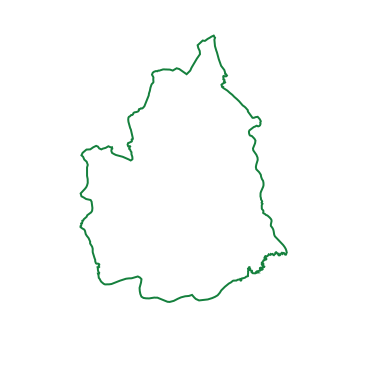 Beng, Oudômxai, Laos (orthographic projection), rotated 314°
{"feature_id": "54806243B47221121067222", "entity_name": "Beng", "entity_type": "district", "adm_level": 2, "iso_a3": "LAO", "parent_name": "Laos", "parent_adm1": "Oudômxai", "projection": "orthographic", "projection_center": [101.752, 20.343], "detail": "fine", "context": "isolated", "style": "outline", "palette": "green", "viewbox_px": 384, "rotation_deg": 314, "n_neighbors": 0, "source": "geoboundaries", "source_scale": "gbopen_adm2", "svg_char_len": 6002}
<svg xmlns="http://www.w3.org/2000/svg" viewBox="0 0 384 384"><g transform="rotate(314 192 192)"><path d="M303.0,125.3L306.2,118.9L309.8,112.9L310.5,111.4L312.9,107.2L317.1,102.3L319.0,101.4L319.1,100.1L319.5,99.5L319.6,99.0L317.1,98.0L315.6,97.7L313.0,96.9L309.9,96.4L309.4,96.0L308.4,94.5L301.5,94.1L300.0,96.4L298.8,99.6L296.7,102.0L291.2,102.9L281.1,105.3L278.1,106.4L273.0,106.3L271.6,97.4L270.3,95.0L266.0,93.8L264.7,91.1L260.2,86.1L256.5,84.1L255.9,83.4L254.8,83.2L254.0,82.1L252.3,81.2L250.6,80.9L248.6,81.7L247.8,84.3L247.3,85.0L246.5,85.5L244.3,87.9L243.6,88.1L241.7,88.1L241.0,88.3L238.1,89.7L235.5,91.4L233.0,92.6L231.4,93.8L220.6,98.2L218.5,98.3L217.5,98.1L216.8,97.2L216.3,97.3L215.0,96.4L214.6,96.4L214.2,96.6L213.9,97.1L212.7,97.3L211.1,96.6L209.2,95.2L207.8,95.1L207.2,95.5L206.3,95.6L205.9,95.5L205.1,94.8L203.5,94.8L202.2,94.4L201.2,94.7L199.7,95.9L198.3,97.6L195.1,103.0L194.4,104.7L189.5,112.2L188.8,112.6L188.5,112.2L187.9,112.1L187.6,112.3L186.9,113.4L186.6,113.5L186.1,113.5L184.9,112.9L184.1,112.8L183.1,112.1L182.7,112.1L181.3,112.8L180.5,114.4L180.8,115.0L181.8,115.4L181.7,116.0L180.4,116.1L179.6,116.6L179.4,116.9L179.7,117.4L179.6,118.0L179.1,118.7L178.6,120.5L178.6,120.8L177.1,122.2L176.0,124.4L175.2,125.4L174.3,126.3L173.1,126.3L172.1,126.0L171.5,123.9L169.2,117.7L165.8,111.6L165.2,109.8L164.6,107.4L165.3,105.8L165.8,105.2L166.5,104.7L167.2,104.5L167.7,104.6L168.0,104.4L168.6,103.3L167.8,102.9L166.8,100.1L163.7,99.2L161.2,97.7L159.7,97.2L158.9,95.0L159.3,92.8L158.6,91.0L155.6,89.9L152.0,89.2L149.2,86.6L144.2,86.1L141.6,87.0L141.7,89.2L140.5,92.0L140.6,95.2L139.1,98.2L136.8,99.4L130.7,105.3L128.8,108.0L126.1,110.7L123.7,112.0L121.9,112.6L119.8,112.8L113.6,112.9L112.1,115.5L112.8,117.8L113.4,120.7L115.8,124.6L115.3,126.5L111.3,131.5L109.1,133.2L107.3,133.6L102.5,132.8L101.0,133.4L97.2,133.1L96.0,133.5L95.2,133.1L94.8,133.7L94.2,133.9L93.2,134.6L92.5,134.1L92.3,134.1L91.9,134.9L90.7,135.7L90.4,135.5L90.0,135.5L89.3,136.2L89.6,138.5L90.1,140.4L89.9,141.5L89.6,142.2L87.9,144.8L87.4,146.7L87.0,149.7L85.5,153.3L84.5,154.1L84.1,154.8L83.3,158.1L82.2,160.0L80.5,161.6L79.6,162.6L76.7,167.9L75.9,169.6L75.1,170.3L74.2,171.9L74.0,172.6L74.3,173.4L75.1,174.0L75.5,174.9L75.5,175.6L75.1,175.9L74.4,176.0L73.8,176.5L73.6,177.3L73.3,177.3L72.3,176.3L72.1,176.5L71.6,177.4L70.7,178.3L69.8,179.6L69.5,180.4L69.4,181.2L68.8,181.2L68.6,181.8L68.3,181.7L67.9,181.2L67.2,182.5L65.5,184.6L65.4,185.7L64.7,187.8L64.4,189.0L64.6,192.2L65.1,193.6L68.0,196.5L69.9,198.0L78.2,201.8L83.8,204.8L85.9,206.5L88.0,208.5L93.6,211.7L94.3,214.0L94.2,216.2L91.5,218.2L86.6,220.9L84.5,223.2L82.8,225.6L81.6,228.3L82.1,230.7L83.6,232.8L85.7,235.1L89.7,238.1L92.0,240.6L96.0,250.6L97.4,252.3L101.0,254.5L105.4,256.0L108.6,257.3L112.2,259.5L115.1,262.0L118.0,263.5L117.7,266.7L117.7,269.0L118.9,272.4L125.7,278.0L129.7,280.2L132.6,281.4L135.5,282.2L138.8,282.0L141.6,281.4L146.7,281.5L151.8,282.1L154.0,282.8L156.5,283.1L157.2,283.5L159.2,285.5L160.4,285.7L162.5,287.2L163.0,287.1L163.1,287.3L162.4,287.8L162.1,288.3L162.2,288.7L162.7,288.8L164.2,287.9L164.7,288.0L165.6,288.8L167.4,289.7L168.7,289.8L170.3,290.7L170.8,290.4L171.2,289.8L172.9,288.5L173.9,287.4L174.8,286.9L175.8,285.5L176.6,285.7L177.5,285.3L177.9,285.6L177.7,286.0L177.0,286.4L176.9,286.8L177.1,287.2L176.3,287.8L176.1,288.2L177.0,289.8L176.7,290.3L175.9,290.3L175.7,290.5L175.8,292.1L177.4,294.0L179.1,294.7L179.7,295.2L179.6,294.8L179.0,293.9L179.0,293.7L179.4,293.7L180.3,293.9L180.7,294.3L180.9,294.9L181.1,295.0L181.9,294.9L182.3,295.1L182.7,295.6L183.1,295.6L183.4,295.4L184.1,294.0L184.6,293.7L185.2,293.9L185.5,294.5L185.4,295.4L185.0,295.8L184.3,295.7L184.1,295.9L184.8,296.4L185.5,296.5L186.8,295.1L188.2,296.0L188.6,295.8L188.1,293.6L188.3,293.0L188.7,293.5L189.3,293.7L189.8,293.4L190.0,293.0L189.7,292.5L189.5,291.6L189.7,291.3L191.0,291.4L192.5,290.9L192.9,291.0L193.0,291.4L193.2,291.5L193.7,291.3L194.7,292.1L195.2,292.2L195.5,292.0L196.0,290.6L195.8,290.4L194.9,290.4L194.7,290.2L195.0,289.8L196.5,289.3L197.0,289.4L197.5,290.3L198.0,290.7L198.9,290.8L200.5,290.5L200.7,291.3L201.0,291.9L201.5,292.1L202.2,291.8L202.5,292.5L203.4,293.0L203.2,294.3L203.4,294.8L204.4,294.7L205.3,294.9L205.6,294.8L206.2,294.2L207.1,294.3L207.2,295.2L207.0,296.5L207.6,296.9L207.8,297.2L206.9,297.9L206.7,298.1L206.8,298.6L207.4,299.1L208.1,299.2L209.4,298.8L210.8,298.9L210.9,299.3L210.3,299.7L210.3,300.1L211.1,300.0L211.8,300.2L212.0,300.5L211.7,301.7L211.7,302.6L212.2,303.1L212.4,303.1L213.7,302.3L214.2,302.3L215.3,300.7L216.2,298.9L216.8,296.7L217.2,294.3L217.7,282.4L218.4,280.8L220.5,278.0L221.5,276.4L222.1,274.5L222.4,272.3L223.4,271.3L226.4,269.4L227.1,268.5L227.4,267.5L227.6,265.6L227.5,262.6L226.9,261.3L226.8,259.5L226.3,258.0L226.6,257.5L227.6,256.9L228.2,256.1L228.3,254.3L228.6,253.7L231.0,251.3L232.5,250.9L232.6,249.6L234.0,249.0L234.6,246.9L235.7,245.5L236.4,244.3L238.8,242.1L240.2,241.4L245.3,239.5L246.6,238.7L248.2,237.1L249.4,235.4L249.9,233.3L251.0,231.1L252.2,229.5L252.9,226.5L253.0,222.5L254.3,220.6L256.4,219.2L260.7,217.0L262.3,215.2L263.5,212.4L264.5,207.2L265.7,205.6L270.9,203.5L273.1,201.9L273.7,199.9L273.8,197.6L273.8,196.0L273.0,194.7L273.1,193.6L274.0,192.1L275.0,191.0L276.2,190.5L281.6,191.3L282.8,191.9L284.5,192.4L284.8,192.9L285.0,193.7L285.3,194.1L286.1,194.5L287.2,194.6L287.9,194.3L288.7,193.9L289.2,193.0L289.6,192.7L290.4,192.6L290.9,191.9L291.5,189.9L291.7,187.0L289.8,185.6L288.9,185.3L287.7,184.4L287.4,183.9L288.7,176.5L289.0,175.9L289.6,175.4L289.9,171.7L289.8,170.2L289.5,168.3L290.0,162.9L290.0,159.9L289.8,156.3L289.9,153.4L289.6,150.3L289.5,147.0L288.6,142.5L288.5,141.1L288.5,140.9L289.1,141.0L288.9,140.0L289.6,138.7L290.5,138.7L291.4,139.0L292.3,139.0L293.2,139.6L293.9,139.7L294.0,139.5L293.6,138.4L294.9,137.8L295.1,137.6L294.8,136.4L294.9,136.1L295.6,135.9L296.4,134.6L297.0,134.1L297.5,134.2L298.0,135.2L298.9,136.2L300.0,136.3L300.4,134.7L300.0,134.0L300.1,133.6L300.8,133.0L302.2,130.5L303.0,125.3Z" fill="none" stroke="#15803d" stroke-width="2"/></g></svg>